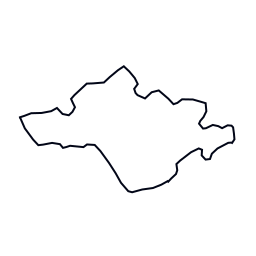 the border of Želino, rotated 137°
{"feature_id": "MKD-2918", "entity_name": "Želino", "entity_type": "Statistical Region", "adm_level": 1, "iso_a3": "MKD", "parent_name": "North Macedonia", "parent_adm1": "", "projection": "natural_earth1", "projection_center": [21.115, 41.912], "detail": "fine", "context": "isolated", "style": "outline", "palette": "ink", "viewbox_px": 256, "rotation_deg": 137, "n_neighbors": 0, "source": "natural_earth", "source_scale": "10m", "svg_char_len": 1185}
<svg xmlns="http://www.w3.org/2000/svg" viewBox="0 0 256 256"><g transform="rotate(137 128 128)"><path d="M86.3,138.0L79.9,134.5L78.5,121.9L78.5,114.4L74.8,112.7L68.9,112.1L61.1,104.6L56.6,97.1L54.3,93.2L59.3,86.8L65.3,84.5L70.3,83.9L73.1,82.7L73.5,76.4L71.2,74.7L63.9,72.4L60.7,67.8L59.3,63.7L53.3,62.0L50.7,59.1L50.7,56.8L54.3,51.7L57.9,47.1L62.1,46.1L62.3,46.8L64.8,48.8L76.5,52.0L84.2,52.0L89.2,49.4L92.8,52.0L92.8,57.7L88.7,61.6L90.2,64.8L98.4,67.3L112.1,68.6L117.2,68.6L120.8,63.5L124.3,61.6L130.9,61.6L135.2,61.3L135.2,62.1L142.2,63.8L150.7,67.1L159.5,73.3L168.8,78.2L170.9,81.6L170.5,92.7L167.9,103.3L165.7,115.5L163.9,130.0L163.9,138.3L169.2,143.9L173.6,144.4L182.5,154.5L186.0,156.1L189.1,157.8L188.8,162.6L193.7,168.9L201.5,173.8L205.3,176.6L205.3,184.2L203.7,198.1L199.8,209.2L200.5,209.9L195.6,207.6L188.7,204.8L180.9,197.9L172.7,192.7L166.3,191.1L166.3,182.9L162.6,177.7L157.6,177.7L152.6,179.4L151.2,184.0L149.8,188.1L144.8,188.6L135.7,188.6L127.9,188.6L123.3,184.6L114.6,177.7L106.4,177.7L95.9,177.1L89.0,176.0L88.5,168.5L89.0,159.9L90.9,153.5L96.8,152.4L98.6,148.4L98.6,145.5L95.4,138.0L91.3,138.0L86.3,138.0Z" fill="none" stroke="#020617" stroke-width="2"/></g></svg>